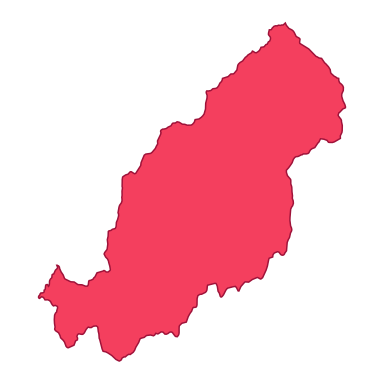 Bagadó, Chocó, Colombia (Equal Earth projection)
{"feature_id": "7082276B12521758233842", "entity_name": "Bagadó", "entity_type": "district", "adm_level": 2, "iso_a3": "COL", "parent_name": "Colombia", "parent_adm1": "Chocó", "projection": "equal_earth", "projection_center": [-76.226, 5.511], "detail": "fine", "context": "isolated", "style": "filled", "palette": "rose", "viewbox_px": 384, "rotation_deg": 0, "n_neighbors": 0, "source": "geoboundaries", "source_scale": "gbopen_adm2", "svg_char_len": 5916}
<svg xmlns="http://www.w3.org/2000/svg" viewBox="0 0 384 384"><path d="M296.2,36.5L294.2,32.4L293.3,31.1L291.9,29.9L288.9,28.4L286.4,25.4L285.3,23.0L283.4,24.8L282.8,25.0L281.5,25.0L280.9,25.4L278.4,25.2L277.3,25.8L275.5,25.8L274.0,26.3L272.2,28.1L271.5,29.4L270.9,29.8L269.3,29.8L268.5,33.1L268.5,34.7L270.2,36.9L270.5,37.9L270.5,38.7L270.3,39.7L269.6,41.2L268.4,41.8L267.3,44.1L265.9,44.6L264.2,46.6L263.7,46.9L261.0,47.3L260.4,48.8L259.4,50.5L257.9,51.8L256.2,52.8L254.7,52.5L253.6,51.6L252.4,51.1L251.6,52.6L251.1,53.0L247.9,55.0L246.7,56.4L245.3,57.4L242.6,61.0L240.2,62.4L238.6,63.9L237.8,65.2L236.9,70.0L234.0,73.5L233.3,73.9L230.8,74.0L228.1,76.6L222.5,78.4L222.2,80.0L221.5,81.5L219.9,83.1L218.7,85.7L217.2,87.7L215.7,88.4L213.1,88.7L212.6,88.9L211.3,90.2L210.5,90.6L208.4,91.0L206.8,90.9L206.4,91.4L206.2,92.3L206.3,93.1L207.1,95.3L207.1,96.2L207.0,98.1L205.7,103.2L205.5,109.1L204.1,114.0L202.8,115.8L201.2,117.4L198.9,119.0L195.1,119.6L194.4,121.9L194.0,122.6L192.4,124.4L191.1,125.1L187.2,125.2L184.8,124.3L182.4,124.2L179.1,122.2L177.1,121.8L175.4,123.0L173.0,123.1L172.3,123.6L171.0,125.8L168.1,127.1L166.3,128.5L163.8,129.1L162.7,129.1L161.3,129.9L160.7,130.7L160.6,131.7L161.0,132.7L160.6,134.4L157.5,140.9L157.7,143.9L156.4,146.1L155.3,148.5L152.1,152.3L150.6,153.4L145.7,154.1L144.2,155.2L141.1,162.6L140.7,165.6L135.7,173.4L134.4,173.7L131.4,171.8L130.7,171.7L130.1,171.9L128.0,174.2L125.7,174.9L123.2,176.5L122.6,177.1L122.2,179.7L122.2,182.1L122.1,186.5L122.4,187.5L122.4,188.5L122.0,191.1L122.1,195.2L121.8,197.5L122.0,198.9L122.0,201.0L121.4,202.8L119.6,205.3L119.0,207.1L118.0,212.9L118.5,213.6L118.6,215.8L117.6,219.5L116.4,222.3L116.1,226.6L115.4,228.2L115.0,228.6L112.3,229.3L111.2,230.3L108.7,231.0L108.3,231.5L108.1,236.3L107.3,239.7L107.8,244.0L107.2,248.7L107.0,249.5L104.7,252.5L104.1,254.0L105.6,257.0L107.5,259.0L108.5,261.1L108.6,262.0L109.8,266.2L110.3,269.2L110.3,269.9L110.1,270.4L108.1,272.0L106.2,272.0L105.2,271.1L104.0,270.5L102.9,271.1L97.0,272.8L95.0,276.8L93.8,277.9L93.0,279.2L91.0,280.2L89.1,280.6L88.7,281.3L88.3,284.7L87.8,285.7L87.4,286.1L85.6,286.2L82.0,284.8L77.9,284.6L74.2,282.0L70.8,281.8L65.2,279.1L64.5,278.4L63.2,275.0L61.1,271.9L59.6,268.5L59.4,267.1L58.8,266.2L58.4,265.8L58.0,265.8L57.4,265.3L56.8,265.3L57.5,267.0L57.5,267.9L56.9,268.8L55.4,270.2L53.7,274.0L52.6,274.3L52.1,274.8L51.8,277.7L50.5,279.0L49.7,280.4L49.5,281.4L49.4,284.2L49.0,285.7L48.4,286.3L47.9,285.0L47.2,284.5L46.0,284.8L45.6,285.7L45.2,289.3L44.6,290.0L44.1,290.2L44.2,291.8L43.5,292.5L42.1,293.0L41.0,292.9L40.2,293.7L39.9,294.7L38.7,296.2L38.5,297.2L38.9,298.1L39.6,298.4L41.4,296.8L42.8,297.1L43.7,297.8L45.0,299.9L47.8,299.8L49.6,300.6L51.0,302.3L51.4,303.4L52.4,304.9L53.4,305.9L55.3,305.4L57.4,306.4L57.6,307.4L57.5,308.2L56.8,310.6L56.6,312.0L55.5,313.1L54.6,315.1L54.3,319.6L54.5,323.5L55.1,327.3L54.8,328.1L54.7,329.3L55.4,330.6L58.6,332.8L60.0,335.6L60.6,337.8L63.3,340.4L64.5,342.1L66.1,346.4L67.1,347.4L67.7,347.7L68.5,347.7L74.0,345.2L75.6,340.9L77.4,339.9L77.6,338.1L76.9,336.5L77.4,335.0L78.4,333.9L79.0,333.8L81.2,334.3L82.8,334.3L84.3,332.9L86.1,329.5L87.7,327.5L88.4,327.1L89.8,327.6L91.2,327.6L93.5,326.2L96.3,325.9L97.5,326.8L97.8,327.3L98.3,331.6L98.9,333.9L99.2,338.3L99.8,339.8L102.1,348.9L103.1,351.3L105.9,351.9L108.2,353.1L111.8,355.5L115.9,359.4L118.6,360.8L119.5,361.0L121.0,360.1L121.5,359.5L121.8,358.4L122.5,357.8L124.0,356.9L125.3,356.9L127.2,355.2L128.8,354.3L130.2,354.5L133.2,352.3L134.6,350.3L135.8,347.3L138.7,342.4L139.9,339.2L140.3,338.6L141.5,338.1L144.2,337.4L146.5,335.5L150.5,335.0L153.5,335.8L154.6,335.1L155.8,333.3L157.5,333.9L158.2,333.8L161.1,331.9L163.0,332.1L164.9,334.1L166.3,334.2L168.0,333.5L169.5,332.3L171.0,331.9L172.3,332.4L175.0,336.0L175.7,336.5L177.3,336.7L178.5,335.1L178.9,334.1L179.1,332.7L179.1,328.1L179.2,326.4L179.5,325.6L181.8,323.3L186.3,322.1L188.2,316.7L190.0,313.4L191.7,311.1L192.2,309.5L193.0,307.8L193.4,307.4L194.9,307.4L196.2,307.0L196.6,306.4L197.0,304.9L197.1,298.7L197.9,295.6L199.8,294.4L201.7,294.2L205.4,292.4L206.3,291.4L206.8,290.3L207.0,289.4L207.3,286.4L207.6,285.2L214.7,283.4L215.9,283.4L216.6,284.5L217.3,286.3L218.1,291.3L219.3,293.1L220.3,296.4L220.9,297.0L221.5,297.0L222.3,296.3L223.5,294.8L225.9,290.1L226.8,288.9L227.8,288.1L233.2,286.7L235.4,286.4L236.6,287.8L238.1,290.9L238.9,291.0L240.9,286.5L244.5,282.4L245.2,281.9L248.7,282.1L252.3,279.5L256.9,277.6L257.7,277.5L260.4,279.0L260.9,279.0L262.6,277.7L266.1,270.1L267.4,266.1L268.7,259.5L269.2,258.2L272.7,257.0L272.9,255.2L273.2,254.4L274.3,253.0L277.5,251.7L279.0,252.2L280.7,254.5L281.5,255.0L282.3,255.2L283.2,255.1L283.9,254.7L284.5,253.9L284.8,253.1L286.5,250.8L287.2,242.4L288.3,239.6L289.5,237.5L290.5,233.0L291.5,231.1L291.8,229.9L291.5,228.0L290.6,225.9L289.9,220.4L290.0,217.3L290.7,209.1L291.9,206.6L292.6,205.8L293.4,203.3L293.2,200.9L292.3,198.3L292.5,195.8L292.0,192.0L291.8,187.5L291.6,186.3L290.8,184.0L290.8,180.6L290.6,179.4L287.4,175.6L286.4,172.3L286.4,170.2L288.6,167.8L290.2,165.6L292.1,162.8L293.4,159.3L294.7,157.5L295.9,156.7L297.9,156.5L298.9,156.1L301.1,154.9L302.1,154.8L303.3,153.9L306.4,153.9L308.0,153.5L308.8,152.9L310.2,150.3L310.7,149.7L312.2,148.6L314.8,147.6L317.9,143.0L318.8,142.2L320.0,139.9L320.2,139.2L320.6,138.8L323.9,139.2L327.1,140.4L328.4,142.2L329.1,142.4L332.3,142.5L334.3,141.9L340.4,138.4L340.3,135.8L341.9,132.5L342.2,130.6L342.3,125.5L341.5,121.8L341.4,120.3L340.9,119.2L338.8,116.5L338.2,115.5L338.2,114.8L338.9,112.8L339.9,112.1L342.8,109.0L345.4,107.8L345.5,106.9L344.8,104.4L343.0,100.8L341.7,96.3L341.8,93.9L343.3,90.5L343.4,87.3L342.6,85.5L341.3,84.1L339.7,82.8L339.3,82.0L338.8,80.6L338.7,78.4L336.7,77.9L335.8,77.0L334.3,76.3L331.2,73.5L330.7,72.7L330.2,69.6L328.5,66.8L325.8,63.8L324.6,62.8L321.6,58.4L319.1,58.0L316.9,56.7L316.0,56.4L308.7,48.9L299.8,43.4L299.6,42.1L300.0,39.3L299.8,38.7L299.0,38.0L296.2,36.5Z" fill="#f43f5e" stroke="#9f1239" stroke-width="1.5"/></svg>